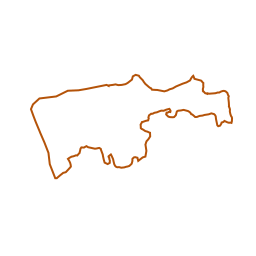 outline of Al-Ghanayem, Asyut, Egypt, rotated 105°
{"feature_id": "37247803B60942546572959", "entity_name": "Al-Ghanayem", "entity_type": "district", "adm_level": 2, "iso_a3": "EGY", "parent_name": "Egypt", "parent_adm1": "Asyut", "projection": "mercator", "projection_center": [31.325, 26.921], "detail": "fine", "context": "isolated", "style": "outline", "palette": "amber", "viewbox_px": 256, "rotation_deg": 105, "n_neighbors": 0, "source": "geoboundaries", "source_scale": "gbopen_adm2", "svg_char_len": 3347}
<svg xmlns="http://www.w3.org/2000/svg" viewBox="0 0 256 256"><g transform="rotate(105 128 128)"><path d="M60.7,78.5L62.1,79.3L63.8,79.9L66.0,80.4L68.8,83.3L71.0,86.6L75.4,92.3L77.6,94.5L78.2,95.1L79.9,97.9L81.5,99.6L83.2,102.4L83.7,109.7L84.0,110.9L84.8,114.8L83.7,115.9L83.7,116.5L83.1,118.2L80.9,122.7L79.2,124.9L78.1,126.0L75.8,129.9L74.7,131.0L74.7,134.4L76.9,136.7L77.5,136.7L79.1,136.7L80.2,136.7L83.0,138.8L84.7,140.1L86.3,141.8L88.0,145.2L89.1,148.5L89.1,151.3L90.2,153.6L91.8,157.5L92.4,157.5L91.9,159.8L101.1,178.4L104.4,185.6L107.6,195.8L116.1,205.5L122.4,221.2L129.8,225.9L134.9,226.6L140.8,222.5L145.9,218.8L154.6,212.1L155.3,211.6L163.6,205.0L172.6,198.4L183.2,194.2L195.3,185.3L194.9,183.8L194.0,183.2L191.1,181.2L189.5,180.0L188.1,179.0L187.0,177.0L186.7,176.6L183.9,175.1L181.2,173.7L180.1,173.2L178.5,173.8L176.6,174.9L175.8,175.6L175.3,176.0L174.7,176.6L174.1,177.2L173.4,178.0L172.9,177.6L172.0,176.9L170.9,175.7L170.3,175.2L170.2,174.8L169.8,174.1L169.4,173.3L167.8,171.1L167.7,169.9L165.0,168.6L164.6,168.3L163.5,168.4L162.3,168.4L160.7,168.5L160.2,168.5L158.8,168.0L158.3,165.5L156.3,163.5L156.9,161.6L156.8,159.6L156.7,157.9L156.7,157.3L156.6,155.6L156.6,154.8L156.3,153.9L155.8,152.8L155.2,151.7L154.7,150.6L155.2,148.9L156.3,148.3L160.2,145.5L161.4,145.0L164.7,143.3L167.5,141.6L168.1,138.3L166.4,136.6L164.2,137.1L162.5,138.2L161.9,138.2L160.8,139.4L160.3,139.4L158.0,137.7L158.6,137.1L160.5,135.5L162.0,134.3L164.2,133.2L166.7,131.8L167.5,131.0L168.1,130.4L168.6,129.3L168.7,128.2L168.1,126.5L168.1,124.2L167.0,121.4L165.9,119.7L165.4,118.6L164.3,116.9L163.5,116.4L163.0,116.1L162.6,115.8L161.5,115.2L158.7,115.2L157.0,115.7L156.5,115.7L154.8,114.6L154.3,113.5L154.3,111.2L157.1,109.6L152.6,106.2L151.1,103.8L145.4,104.3L144.4,104.7L139.4,106.9L138.8,106.8L137.6,106.8L136.1,106.7L135.3,106.3L133.5,105.4L132.6,105.1L130.4,104.4L126.9,105.5L126.9,106.0L126.5,108.3L126.5,109.4L126.5,110.5L126.2,111.4L125.9,112.2L125.4,113.9L125.4,114.5L124.8,115.6L123.1,116.1L121.5,116.7L119.2,116.1L118.7,116.1L118.1,115.0L116.5,112.7L115.4,110.5L113.2,110.5L112.6,111.0L110.9,111.0L110.4,111.0L108.2,109.3L108.2,108.7L107.6,107.6L106.5,106.5L105.4,104.2L103.7,102.0L102.6,100.3L102.1,98.0L100.4,95.8L98.8,93.0L99.3,92.4L99.9,91.8L100.5,91.3L101.6,91.3L101.6,91.8L102.1,93.0L102.7,93.5L103.2,94.1L103.2,94.7L103.8,94.7L104.3,94.7L104.9,94.7L105.4,94.1L106.6,91.9L106.6,90.2L106.0,87.4L105.5,86.3L103.3,85.1L102.7,85.1L99.4,85.1L98.3,84.0L97.7,82.3L97.2,81.1L96.6,80.0L96.1,78.9L96.1,76.6L96.1,74.4L96.6,72.7L97.2,71.6L97.8,71.0L98.3,70.5L98.3,69.4L99.4,67.1L100.0,66.0L99.5,64.3L97.8,62.0L96.7,59.2L95.6,57.5L93.9,53.6L92.3,51.3L92.3,48.5L92.9,47.4L94.0,46.3L95.6,45.7L96.8,45.2L102.3,42.4L102.9,41.3L102.2,40.1L101.8,39.6L99.6,39.0L98.5,39.0L97.4,37.3L96.2,36.7L96.8,33.4L96.8,31.8L96.3,30.6L96.3,29.4L94.6,29.4L91.8,30.0L90.7,30.5L89.6,31.7L89.1,32.0L87.9,32.8L85.7,33.9L83.5,34.4L81.8,35.5L81.2,36.1L80.7,36.1L77.3,37.2L72.9,38.9L71.2,38.9L70.1,40.0L68.4,41.1L67.3,43.3L67.3,43.9L67.3,45.0L67.8,46.2L68.9,47.8L70.1,49.0L70.6,50.7L71.7,52.4L72.3,54.0L73.9,58.6L73.9,60.2L74.5,60.2L74.4,61.4L74.4,62.5L73.3,64.2L73.3,64.7L72.8,65.3L72.2,65.3L71.1,65.8L68.9,65.8L67.2,66.4L65.0,66.9L64.4,68.1L63.9,68.6L63.3,69.7L63.3,70.9L63.3,73.1L63.3,75.4L63.3,76.5L61.0,78.2L60.7,78.5Z" fill="none" stroke="#b45309" stroke-width="2"/></g></svg>